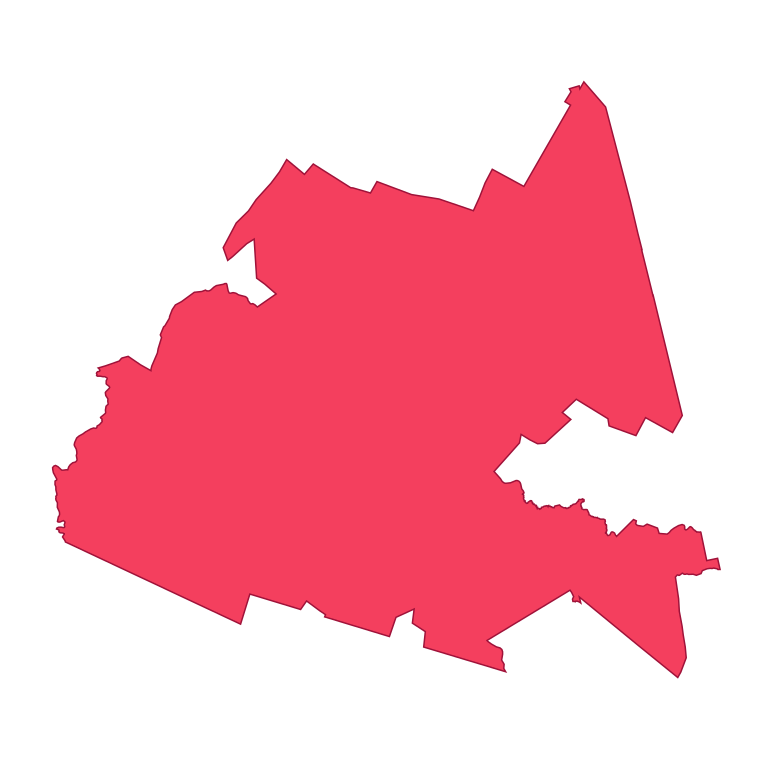 Frances Baard, Northern Cape, South Africa (orthographic projection), rotated 89°
{"feature_id": "47623444B47551800403987", "entity_name": "Frances Baard", "entity_type": "district", "adm_level": 2, "iso_a3": "ZAF", "parent_name": "South Africa", "parent_adm1": "Northern Cape", "projection": "orthographic", "projection_center": [24.486, -28.328], "detail": "fine", "context": "isolated", "style": "filled", "palette": "rose", "viewbox_px": 768, "rotation_deg": 89, "n_neighbors": 0, "source": "geoboundaries", "source_scale": "gbopen_adm2", "svg_char_len": 6093}
<svg xmlns="http://www.w3.org/2000/svg" viewBox="0 0 768 768"><g transform="rotate(89 384 384)"><path d="M420.7,86.3L300.2,113.3L300.4,113.5L254.1,124.1L254.1,123.7L237.6,127.6L206.3,134.4L110.9,157.6L85.4,178.9L92.3,183.0L89.3,183.7L92.0,193.5L95.1,191.9L104.9,198.2L108.4,192.6L188.9,240.7L171.2,272.0L184.7,279.4L198.7,285.1L212.3,291.6L200.0,325.7L195.1,353.1L181.5,387.5L192.8,394.2L187.4,411.6L187.2,413.8L162.8,450.9L173.0,459.9L157.9,477.4L170.1,484.8L181.4,493.6L197.4,508.6L208.6,516.5L220.4,528.9L244.9,542.4L257.7,538.1L254.1,533.3L241.3,518.8L236.8,511.3L276.0,509.5L282.0,501.5L292.1,490.3L304.8,509.3L302.6,511.6L301.3,513.8L301.6,514.8L301.4,516.2L298.2,518.5L296.2,518.9L295.0,519.9L294.2,521.1L292.5,527.3L292.0,528.5L291.0,529.8L290.5,531.0L290.0,533.3L290.6,536.3L290.3,537.2L288.1,538.2L281.5,539.4L280.8,539.9L280.8,541.3L281.5,543.1L282.7,549.9L284.2,552.4L287.2,555.8L287.9,557.5L287.8,559.6L287.0,560.8L288.3,564.5L289.0,572.1L298.1,585.0L301.3,591.2L305.9,594.4L312.7,597.2L314.4,597.4L321.9,602.0L323.1,603.4L331.0,606.8L333.7,605.6L344.8,609.2L349.0,610.0L361.8,615.8L364.6,616.6L366.6,616.8L360.5,627.2L351.9,639.3L353.4,645.4L353.9,646.2L356.4,648.3L361.0,662.2L363.0,669.5L364.2,668.3L365.7,667.8L366.4,668.4L366.7,670.2L367.7,671.1L368.6,671.3L369.6,670.8L370.6,671.2L371.2,670.3L371.2,667.6L371.8,664.9L371.8,663.0L373.0,660.9L373.9,660.6L375.9,661.7L378.9,661.8L379.6,661.3L381.7,658.7L382.6,658.3L383.6,658.9L386.8,662.2L387.8,662.8L390.7,662.4L394.1,660.3L396.3,660.5L399.3,660.1L401.4,662.3L405.2,663.0L407.6,662.8L408.5,663.1L412.4,668.0L413.3,667.6L414.2,666.5L415.6,666.7L416.2,666.4L416.7,666.5L419.7,669.3L421.0,671.6L422.6,671.9L423.0,672.3L423.3,673.4L422.9,675.0L423.8,677.9L426.7,683.3L428.6,685.9L430.7,689.9L432.6,692.2L437.1,694.3L439.3,694.8L440.3,694.6L443.8,692.8L446.1,692.4L448.2,692.3L450.1,692.9L454.2,692.2L455.4,692.6L456.6,693.8L457.3,696.6L459.2,699.1L461.4,700.7L464.3,701.7L464.2,703.1L464.6,706.7L464.4,707.9L461.0,711.4L459.7,713.8L460.3,715.5L461.8,716.8L463.8,716.7L467.0,716.1L473.4,712.8L474.5,713.1L475.1,714.4L475.6,714.6L478.8,714.7L481.1,713.9L484.2,713.9L488.1,713.0L489.4,713.0L489.7,713.5L490.9,714.1L491.8,713.9L492.8,714.2L494.3,714.0L497.0,712.6L501.6,712.8L506.2,710.8L508.5,710.6L510.0,711.0L511.1,711.9L515.7,712.9L516.3,712.3L516.4,710.5L515.0,707.0L516.1,705.6L517.1,705.4L519.1,706.2L520.9,705.7L521.8,706.0L522.0,707.2L521.5,709.1L521.5,711.7L522.3,713.6L523.3,714.0L524.1,711.9L524.6,711.5L526.1,711.6L527.0,710.6L527.2,709.9L527.3,708.0L528.1,706.3L528.7,706.3L529.6,707.1L531.3,708.1L535.2,705.6L536.4,705.3L621.6,531.6L591.7,521.8L608.0,471.3L599.6,465.2L609.9,451.8L613.6,446.5L615.8,447.4L636.6,383.0L617.5,376.1L609.5,357.8L623.6,359.8L632.3,347.0L647.7,348.9L673.8,267.4L670.5,269.2L666.3,268.8L662.1,271.2L656.2,270.1L653.7,270.1L651.5,270.8L649.9,272.6L648.8,276.2L645.9,281.1L643.1,284.8L642.2,285.5L593.4,201.6L595.6,200.1L599.9,198.1L602.4,199.3L604.7,198.9L604.8,196.6L605.6,197.1L604.5,196.0L604.5,194.7L605.4,192.4L606.4,191.1L600.4,192.4L649.7,134.5L682.6,95.4L677.3,92.3L663.0,86.6L652.2,87.4L640.1,89.2L631.3,90.2L616.5,92.7L603.8,93.2L582.1,96.0L580.2,94.3L580.0,93.7L580.5,92.5L580.4,91.9L578.4,89.1L578.4,88.7L579.2,87.8L579.5,86.8L579.5,85.7L579.1,84.4L579.7,82.9L579.6,78.3L580.7,75.0L579.1,70.3L576.2,69.0L574.4,64.3L574.0,61.2L574.2,59.2L573.8,57.6L574.6,54.1L575.3,53.4L575.3,51.2L564.1,53.5L566.2,64.4L537.7,69.8L537.4,70.4L537.7,71.1L537.4,72.7L537.5,73.9L537.0,74.1L536.5,75.3L535.9,75.5L535.0,77.0L533.2,78.3L532.0,79.8L532.2,80.8L534.5,83.1L535.1,84.3L535.1,85.1L534.1,86.0L533.2,85.7L532.6,86.0L531.8,85.8L530.5,86.4L529.7,88.4L530.7,92.0L533.2,96.6L535.2,99.4L537.5,101.4L539.0,103.5L538.2,111.5L532.8,113.1L528.7,123.4L530.9,127.2L529.8,133.2L528.2,134.8L525.2,134.1L523.9,136.9L540.4,154.1L539.8,154.4L539.5,155.0L537.0,156.1L535.9,157.9L536.0,159.1L536.4,159.5L538.7,160.7L539.4,162.2L539.4,163.0L537.1,164.3L537.1,165.0L536.8,165.2L536.1,164.8L536.2,164.3L534.9,164.1L534.6,163.7L533.9,164.1L533.1,163.7L532.6,164.2L531.9,164.3L531.6,164.0L529.1,164.0L529.0,164.3L528.6,164.3L528.5,164.9L526.5,165.5L525.7,165.4L525.5,165.1L523.7,165.3L523.0,166.6L522.9,170.3L522.4,170.7L521.6,173.0L521.2,173.1L521.4,173.6L521.0,175.3L521.1,176.4L520.4,176.9L520.5,177.4L520.0,177.9L520.1,178.7L518.6,180.6L518.4,181.3L516.8,181.4L513.2,183.1L513.0,184.1L513.1,186.6L512.2,188.4L511.4,188.5L510.9,188.3L510.0,189.0L509.5,188.9L509.3,189.2L507.8,189.3L506.9,189.1L505.4,187.8L505.3,187.2L505.0,187.0L505.2,186.5L504.7,186.0L503.2,186.0L502.9,186.3L502.4,187.5L502.9,187.6L502.6,188.1L503.0,188.9L502.8,191.0L504.1,191.8L504.7,191.7L504.8,192.3L507.0,194.2L507.6,196.3L507.5,196.9L508.4,197.8L509.0,199.5L509.6,199.3L510.4,200.3L510.5,200.9L510.7,201.0L510.8,201.6L511.2,201.7L511.3,202.8L511.7,203.3L511.3,203.7L511.4,204.3L510.8,204.6L511.0,206.3L509.4,209.3L508.0,210.6L509.0,215.2L509.3,215.6L510.7,216.1L510.4,218.0L509.7,218.4L509.5,219.8L508.9,220.2L509.2,221.1L508.8,221.6L508.4,221.6L508.7,222.2L509.3,222.3L508.8,222.6L508.5,223.3L508.8,223.7L508.6,224.2L509.0,224.7L508.9,226.0L509.9,227.3L509.8,227.9L510.1,228.8L511.1,228.9L511.9,230.5L511.3,230.7L511.1,231.8L511.5,232.9L510.8,233.1L510.0,232.7L509.9,233.2L510.1,233.4L509.4,233.9L509.3,233.4L508.9,233.7L508.4,233.6L507.8,234.2L507.9,234.6L507.1,236.1L506.7,236.1L506.9,236.8L506.3,237.0L506.1,237.4L505.2,237.4L505.2,237.8L504.9,237.7L504.2,238.2L503.3,238.5L503.2,239.3L503.6,239.7L503.4,240.0L504.8,242.1L505.7,242.5L505.6,243.1L505.8,243.4L504.9,244.7L504.3,244.7L503.6,245.6L503.2,245.1L502.5,246.0L501.2,246.5L500.5,246.4L500.1,246.1L499.4,246.5L498.4,246.2L497.6,246.3L496.6,247.5L496.3,247.3L496.4,246.7L495.6,246.5L495.3,245.9L493.5,246.5L491.3,248.1L486.3,249.1L484.8,249.7L483.5,250.9L482.9,252.3L482.8,253.6L485.0,259.3L485.4,263.9L485.2,265.3L483.6,267.5L480.7,269.2L473.4,275.5L445.3,249.6L436.8,247.8L442.5,238.9L446.4,231.5L446.0,224.1L422.7,197.8L415.6,206.2L402.6,192.0L422.6,160.7L429.8,159.7L440.0,133.0L422.2,123.1L437.6,96.3L420.7,86.3Z" fill="#f43f5e" stroke="#9f1239" stroke-width="1.5"/></g></svg>